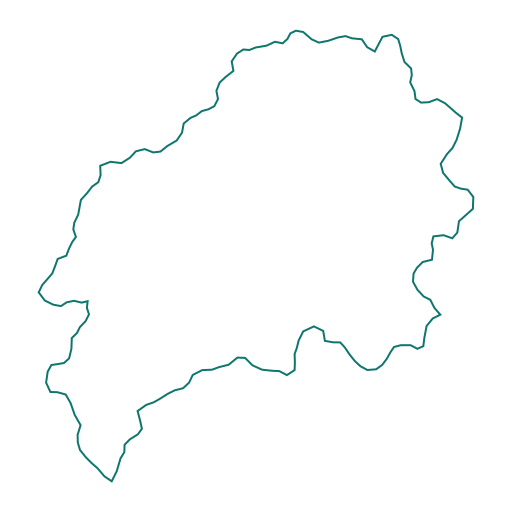 the district of Piedade dos Gerais, Minas Gerais, Brazil
{"feature_id": "56859067B13510462648296", "entity_name": "Piedade dos Gerais", "entity_type": "district", "adm_level": 2, "iso_a3": "BRA", "parent_name": "Brazil", "parent_adm1": "Minas Gerais", "projection": "orthographic", "projection_center": [-44.249, -20.484], "detail": "fine", "context": "isolated", "style": "outline", "palette": "teal", "viewbox_px": 512, "rotation_deg": 0, "n_neighbors": 0, "source": "geoboundaries", "source_scale": "gbopen_adm2", "svg_char_len": 2463}
<svg xmlns="http://www.w3.org/2000/svg" viewBox="0 0 512 512"><path d="M462.1,117.6L455.7,112.6L450.4,107.9L445.1,103.3L437.1,99.1L428.8,102.2L421.1,102.6L415.5,99.0L414.5,91.2L410.2,82.4L411.8,75.2L411.1,68.5L404.5,62.0L401.8,53.6L400.2,45.7L398.2,39.1L391.8,34.8L382.5,36.8L377.8,45.7L374.8,51.5L367.2,47.2L361.8,39.3L351.9,38.3L345.5,36.1L337.8,37.5L328.2,40.8L318.9,42.6L311.6,39.3L303.2,32.0L295.9,30.7L290.4,33.3L287.4,39.0L282.7,43.3L274.9,41.8L266.4,45.7L255.6,47.5L249.4,50.0L243.3,49.5L237.0,53.6L231.7,61.4L233.4,70.9L225.7,76.9L219.6,82.6L216.4,90.9L218.0,99.0L214.3,106.2L208.4,109.3L201.8,111.1L196.4,115.3L190.5,117.9L183.7,123.5L182.0,132.7L176.7,140.5L167.5,145.9L160.4,151.6L153.1,152.4L144.8,149.1L135.9,151.3L129.9,157.7L121.5,163.1L110.5,161.8L100.2,165.8L100.6,175.1L98.3,182.2L92.2,186.5L86.9,193.3L80.9,199.9L78.2,214.6L74.3,222.7L73.3,229.4L75.9,236.9L72.2,242.1L69.0,248.6L66.3,255.7L57.7,258.9L55.0,266.4L52.3,273.4L46.7,279.9L42.3,284.9L38.7,292.4L44.8,300.5L53.3,304.7L61.0,306.1L66.7,302.3L74.1,300.8L81.6,302.6L87.6,301.2L86.9,307.9L89.0,314.4L85.6,321.1L79.9,327.1L76.9,333.1L71.8,338.0L71.4,348.8L69.1,358.4L64.0,363.0L57.6,364.1L51.4,365.0L47.7,371.6L46.1,382.6L50.4,392.0L57.4,392.2L65.7,394.5L70.6,403.1L74.7,414.9L80.6,425.2L77.6,434.8L77.8,442.5L80.0,450.0L85.7,457.1L91.4,462.9L97.4,468.1L104.4,476.3L111.7,481.3L116.7,471.3L118.6,464.9L120.6,458.2L124.3,452.2L124.6,444.7L129.9,439.3L137.9,434.3L141.9,428.7L140.0,420.2L137.6,411.0L146.2,404.9L153.5,402.4L159.9,398.8L167.6,393.9L174.8,390.3L183.1,388.2L189.1,382.6L192.7,375.0L202.2,370.1L212.0,369.7L218.8,367.2L228.7,364.7L237.4,357.6L245.1,357.9L252.6,365.4L262.1,369.7L272.6,370.8L279.3,371.1L286.9,375.1L294.6,370.1L294.9,362.2L294.6,354.1L296.9,347.7L298.6,340.6L303.2,331.4L313.9,326.4L323.2,330.9L324.9,340.9L333.2,342.3L340.2,342.4L344.8,347.4L349.8,354.8L354.9,361.1L360.4,366.2L367.4,370.0L376.1,369.3L382.1,365.0L386.8,358.8L390.4,352.3L394.0,347.0L400.8,345.2L410.6,345.2L417.4,348.8L423.3,346.2L424.4,337.5L426.6,326.0L432.7,318.5L440.3,314.7L434.4,307.9L430.3,299.8L423.7,296.5L417.4,289.7L413.0,281.7L413.6,273.5L417.0,267.7L422.7,262.0L432.0,259.7L433.0,249.7L431.7,243.4L433.4,236.4L443.6,235.2L452.3,238.3L457.3,232.6L459.0,221.2L465.3,215.6L472.9,208.8L473.3,197.0L467.7,189.7L460.7,188.6L454.7,186.5L449.1,180.1L443.1,172.9L440.7,163.8L447.0,154.1L452.5,148.0L456.6,139.8L460.1,128.6L462.1,117.6Z" fill="none" stroke="#0f766e" stroke-width="2"/></svg>